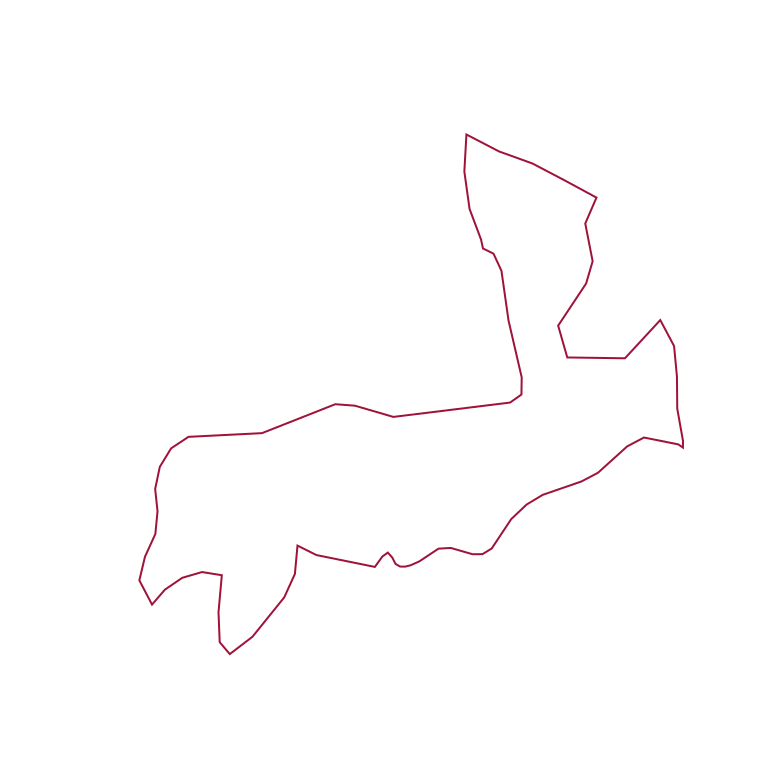 map outline of Samaná (Equal Earth projection), rotated 164°
{"feature_id": "DOM-1983", "entity_name": "Samaná", "entity_type": "Province", "adm_level": 1, "iso_a3": "DOM", "parent_name": "Dominican Republic", "parent_adm1": "", "projection": "equal_earth", "projection_center": [-69.507, 19.186], "detail": "fine", "context": "isolated", "style": "outline", "palette": "rose", "viewbox_px": 768, "rotation_deg": 164, "n_neighbors": 0, "source": "natural_earth", "source_scale": "10m", "svg_char_len": 1077}
<svg xmlns="http://www.w3.org/2000/svg" viewBox="0 0 768 768"><g transform="rotate(164 384 384)"><path d="M114.2,240.5L117.7,244.8L148.9,260.9L167.4,257.0L202.8,239.7L221.0,235.9L262.0,233.7L280.2,228.8L298.9,219.1L325.8,196.2L336.2,193.3L345.7,195.9L365.0,208.0L377.0,210.7L399.1,203.7L408.6,202.4L413.9,202.6L418.9,204.1L422.5,207.9L423.9,214.9L426.8,220.9L433.1,218.6L443.2,210.7L496.1,238.2L511.7,252.5L522.0,226.0L538.7,206.4L580.1,177.3L606.7,166.9L613.1,181.1L606.0,210.2L592.6,244.9L610.8,253.4L631.4,253.3L651.3,246.7L667.8,235.9L673.3,262.7L661.4,283.8L645.1,302.9L636.8,324.0L632.9,346.2L622.3,366.2L606.4,380.8L586.5,387.1L514.9,370.4L436.4,378.0L418.0,371.2L384.1,349.8L267.9,331.4L254.8,336.0L249.8,352.4L246.8,410.7L239.9,460.4L242.8,479.1L251.5,487.0L250.9,496.1L253.5,528.7L248.2,566.1L236.0,601.1L209.4,575.9L180.5,555.0L154.3,530.0L128.4,504.6L146.3,482.8L149.6,444.5L162.0,424.9L176.3,412.7L200.5,392.1L200.5,359.0L145.3,342.3L100.8,369.3L94.7,340.5L100.4,310.2L108.9,279.5L112.3,246.7L114.2,240.5Z" fill="none" stroke="#9f1239" stroke-width="2"/></g></svg>